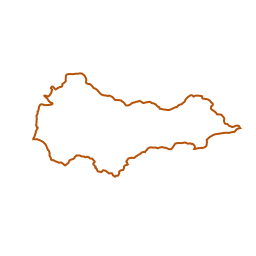 Beteni, Chirang, Bhutan (orthographic projection), rotated 41°
{"feature_id": "84629894B72162930081374", "entity_name": "Beteni", "entity_type": "district", "adm_level": 2, "iso_a3": "BTN", "parent_name": "Bhutan", "parent_adm1": "Chirang", "projection": "orthographic", "projection_center": [90.118, 26.902], "detail": "fine", "context": "isolated", "style": "outline", "palette": "amber", "viewbox_px": 256, "rotation_deg": 41, "n_neighbors": 0, "source": "geoboundaries", "source_scale": "gbopen_adm2", "svg_char_len": 5839}
<svg xmlns="http://www.w3.org/2000/svg" viewBox="0 0 256 256"><g transform="rotate(41 128 128)"><path d="M64.8,118.9L63.9,118.2L61.7,117.3L60.7,117.0L58.4,117.0L57.5,117.2L56.7,117.7L55.9,118.3L55.4,118.9L55.1,119.4L52.6,121.7L51.0,123.6L48.0,126.0L46.9,127.5L46.7,128.0L46.7,128.5L47.3,129.9L48.6,131.6L50.2,133.4L50.3,134.2L50.3,134.7L50.0,136.3L49.8,137.7L49.7,138.0L50.7,139.3L50.9,139.6L50.9,139.9L50.8,140.2L50.4,141.0L49.8,141.7L49.1,143.2L48.6,144.6L48.4,145.5L48.0,146.4L47.7,146.5L47.0,146.5L46.5,146.3L44.8,146.1L43.9,146.3L43.5,146.5L43.3,147.0L43.4,147.5L43.6,148.3L43.7,148.6L45.3,148.7L45.5,148.9L45.7,149.1L46.0,150.2L46.5,150.6L47.1,152.3L47.3,154.7L47.3,155.7L47.2,156.3L46.9,156.6L46.1,157.1L44.6,157.6L43.9,158.2L43.8,158.6L47.9,158.8L48.5,158.9L50.4,159.6L52.0,159.7L53.5,159.4L54.3,158.9L54.9,159.0L55.2,159.6L54.7,160.7L53.3,162.4L52.4,163.3L51.8,163.8L51.5,164.2L50.3,165.2L49.0,165.9L48.0,166.3L47.4,166.7L46.6,167.6L46.5,168.0L47.0,170.6L47.2,171.0L47.9,171.7L48.3,172.7L48.7,173.3L49.1,174.4L49.1,175.2L50.2,176.1L50.4,176.5L50.8,178.6L51.3,179.0L51.6,179.5L52.3,180.2L53.4,181.1L53.6,181.7L54.1,182.4L54.5,182.7L56.4,185.3L56.6,186.0L57.6,186.5L58.3,187.0L58.6,187.1L59.4,186.9L59.8,187.1L60.0,188.6L60.2,189.2L60.4,189.6L60.6,190.8L61.5,192.2L62.8,195.3L63.0,195.9L63.5,198.2L63.9,198.6L64.1,198.3L65.4,197.4L66.8,196.0L68.3,195.6L68.9,195.3L70.5,194.8L73.2,194.2L75.9,194.4L78.4,195.2L79.5,195.9L80.6,196.3L81.7,197.1L82.0,197.0L83.1,197.0L83.9,197.6L84.7,198.0L85.3,198.4L86.2,199.3L86.4,199.9L86.7,200.2L88.2,200.8L89.5,201.3L90.2,202.1L90.6,202.3L90.9,202.3L92.5,201.7L93.1,201.1L93.7,200.9L94.6,200.9L96.3,200.3L97.4,199.8L98.4,199.6L98.8,199.3L99.7,198.3L100.2,197.9L102.5,197.5L104.7,197.7L105.2,197.3L105.9,193.4L105.7,192.7L105.2,191.1L105.2,190.6L105.7,189.3L106.0,188.8L106.6,188.0L107.1,186.9L107.3,186.1L107.0,185.4L106.9,184.4L107.1,182.7L107.2,182.4L107.4,182.1L108.0,181.9L109.5,180.5L110.4,180.1L111.2,180.1L111.7,179.8L113.4,178.5L114.5,178.3L114.9,178.1L115.2,177.9L115.6,177.2L115.6,176.9L116.7,176.1L117.7,175.8L118.9,176.0L119.4,175.8L121.1,174.7L124.4,175.0L124.9,175.2L125.2,175.7L125.0,176.6L125.1,177.4L125.4,178.0L128.1,178.5L129.2,178.5L129.5,178.8L129.5,179.5L129.8,179.6L131.3,179.4L132.8,180.3L133.8,180.5L134.3,180.3L135.0,179.7L136.6,179.0L136.9,178.2L136.8,176.8L136.9,176.4L137.1,176.1L138.7,175.2L139.3,175.0L140.2,174.8L141.4,174.9L142.3,174.7L143.2,174.8L143.8,174.5L144.3,173.8L144.9,173.2L145.8,172.7L146.6,173.0L147.6,173.6L149.2,173.4L149.8,173.4L150.2,173.2L150.3,172.5L150.2,172.0L151.3,171.0L151.6,170.7L151.7,169.9L151.2,168.1L151.0,167.8L150.2,167.1L150.0,166.6L150.1,165.6L150.5,164.5L150.8,164.0L151.7,163.1L151.9,162.8L151.8,162.2L151.5,161.8L151.3,161.0L150.7,160.2L150.3,159.6L150.2,159.0L150.5,157.9L151.6,156.2L151.8,155.6L150.7,155.3L149.8,154.7L149.0,154.7L148.8,154.5L148.5,152.4L148.2,151.5L148.4,150.6L149.0,149.6L149.6,149.1L150.4,147.8L151.8,147.1L152.3,146.5L152.5,145.4L152.5,144.6L153.2,142.7L153.3,141.8L153.7,140.9L154.4,138.9L154.4,137.9L154.7,137.0L155.8,135.6L156.6,135.1L156.4,134.5L156.6,132.1L156.4,130.8L156.8,129.3L157.2,128.5L158.1,127.5L159.5,126.6L161.7,124.6L163.6,123.9L164.3,122.6L165.1,121.6L165.4,121.1L165.8,120.5L167.2,119.5L168.8,118.8L169.5,118.2L170.4,117.8L172.8,117.1L174.2,115.9L174.5,115.7L174.6,115.3L174.3,111.2L174.0,110.1L173.9,109.0L174.1,108.7L174.4,108.0L174.8,107.5L176.6,105.6L178.6,104.1L180.1,102.0L180.6,101.5L181.6,101.1L183.3,100.6L183.6,100.5L184.4,99.4L185.0,98.9L185.7,98.5L186.7,98.3L187.1,97.7L188.1,97.4L189.1,97.7L190.4,98.0L191.2,98.8L191.5,99.4L191.7,100.4L192.0,100.2L192.4,99.8L194.4,96.9L195.5,96.0L196.3,94.8L196.8,94.7L198.1,93.2L198.5,92.1L198.8,90.7L198.8,90.0L198.4,89.1L196.8,86.8L195.1,85.2L195.4,83.6L195.4,82.7L195.6,81.4L196.0,80.0L196.6,78.3L197.3,76.6L197.8,75.7L204.3,68.0L206.5,66.1L207.4,65.5L207.6,65.3L208.3,64.0L210.9,60.9L211.0,60.2L210.8,58.0L211.0,57.3L211.4,56.4L212.7,54.5L212.3,54.5L210.8,53.8L210.0,53.8L209.0,54.4L208.5,54.9L207.8,56.0L207.5,56.4L207.0,57.6L206.2,58.7L205.9,59.0L204.7,59.2L204.1,59.6L203.1,60.0L200.7,59.8L200.2,59.9L198.8,60.9L198.0,61.0L196.5,60.2L195.7,59.6L194.9,58.3L194.3,57.6L193.5,57.3L190.5,56.8L189.6,56.8L187.7,58.0L186.5,59.2L186.2,59.2L185.9,59.3L184.4,58.7L181.7,58.8L179.5,59.1L178.0,59.0L177.7,58.8L176.7,57.1L176.6,56.8L177.0,55.5L176.8,54.9L176.0,54.1L175.6,53.9L174.3,54.1L173.6,54.1L172.1,53.7L171.1,53.7L169.7,54.0L168.2,54.7L166.8,55.7L165.1,56.7L164.2,56.6L163.8,56.2L162.9,55.5L162.3,55.8L159.1,58.0L157.8,59.3L157.3,59.9L157.0,61.2L156.6,61.3L155.3,61.2L153.9,62.0L153.7,62.4L153.5,62.9L153.2,64.4L153.0,64.9L152.9,65.5L152.9,66.6L152.7,68.3L152.9,69.1L153.4,70.6L153.4,71.5L152.9,73.8L153.0,74.1L152.9,74.6L152.3,75.7L151.6,76.7L151.5,77.2L151.2,77.6L151.2,78.9L151.2,79.7L150.6,80.5L149.4,82.9L148.0,86.2L147.0,87.6L145.9,88.6L145.2,88.9L142.1,91.1L140.6,91.6L140.3,92.0L139.7,92.5L139.3,92.6L138.9,92.5L138.1,91.9L137.4,91.9L136.6,92.3L136.1,92.3L134.5,92.2L133.9,92.0L133.2,92.1L131.0,92.6L129.9,93.6L127.7,93.7L126.6,94.5L126.0,95.4L125.0,96.5L124.3,97.7L123.4,98.8L123.2,99.1L122.8,99.3L120.7,99.5L119.8,99.7L118.8,100.0L118.5,100.6L118.4,101.0L118.1,101.5L116.5,103.7L116.2,104.5L115.4,105.3L114.4,107.2L114.5,108.2L114.2,109.1L113.7,110.0L113.4,110.8L113.1,111.1L112.6,111.5L112.2,111.9L111.6,112.2L110.3,112.0L109.1,111.7L107.4,111.5L106.0,111.9L104.9,111.7L102.7,113.0L100.0,115.2L99.3,115.4L97.0,114.9L95.5,114.9L94.4,115.3L93.7,115.4L92.9,115.7L92.2,116.2L91.8,117.0L91.4,117.4L89.6,118.1L89.1,118.7L88.4,119.2L86.8,119.8L86.5,120.0L86.1,120.1L85.3,120.2L83.0,120.0L80.5,119.7L80.1,119.5L78.7,119.6L78.4,119.7L77.8,119.6L76.2,120.3L75.4,120.4L74.6,120.1L73.8,120.0L73.0,119.8L70.5,119.8L69.2,120.8L68.3,121.1L67.4,121.4L66.6,121.3L65.7,120.2L64.8,118.9Z" fill="none" stroke="#b45309" stroke-width="2"/></g></svg>